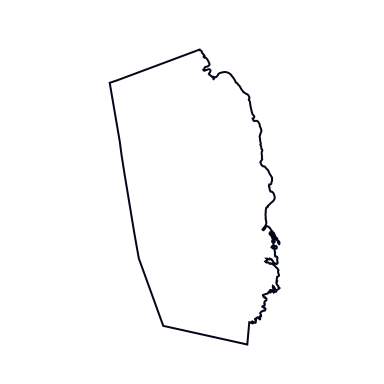 the district of West Kwaio, Malaita, Solomon Islands, rotated 202°
{"feature_id": "97153195B63477576504683", "entity_name": "West Kwaio", "entity_type": "district", "adm_level": 2, "iso_a3": "SLB", "parent_name": "Solomon Islands", "parent_adm1": "Malaita", "projection": "albers", "projection_center": [160.814, -9.033], "detail": "fine", "context": "isolated", "style": "outline", "palette": "ink", "viewbox_px": 384, "rotation_deg": 202, "n_neighbors": 0, "source": "geoboundaries", "source_scale": "gbopen_adm2", "svg_char_len": 5813}
<svg xmlns="http://www.w3.org/2000/svg" viewBox="0 0 384 384"><g transform="rotate(202 192 192)"><path d="M86.9,92.9L87.2,93.8L87.9,94.3L87.7,94.6L86.1,94.4L85.7,94.0L85.5,94.3L84.6,94.3L84.1,94.5L84.1,95.3L84.4,96.0L84.7,96.2L84.6,96.8L84.9,96.9L84.9,97.1L85.6,97.3L85.9,97.8L85.0,98.3L85.2,99.0L84.9,99.2L84.3,100.4L83.9,100.5L83.4,100.0L82.9,100.0L82.7,99.7L81.6,99.3L81.2,99.5L81.3,100.1L81.6,100.5L81.9,101.3L82.4,101.6L82.5,101.9L82.5,102.1L82.0,102.2L81.4,102.6L81.5,102.9L82.0,103.9L83.3,105.0L83.4,105.6L82.8,107.2L82.4,107.4L82.2,107.9L80.8,108.9L80.7,109.4L80.4,109.4L80.5,109.7L80.0,110.1L79.9,110.9L80.3,111.4L81.2,111.8L82.2,111.6L83.8,112.0L83.6,112.9L82.9,113.5L82.3,113.7L82.2,114.0L82.5,115.3L82.8,115.8L83.3,116.0L83.2,116.4L83.6,117.1L83.5,118.1L82.5,119.4L82.9,120.9L84.6,121.7L84.8,121.1L85.2,121.1L86.6,121.9L87.3,122.4L87.6,122.9L87.2,123.1L86.8,123.9L86.1,124.2L85.9,124.7L83.9,126.1L83.6,126.7L83.6,127.6L82.3,128.0L81.8,128.1L81.5,128.3L81.4,128.6L81.5,128.8L83.0,129.3L82.7,130.4L82.0,130.8L81.4,130.4L80.9,129.8L79.9,129.8L80.0,130.7L80.0,131.4L80.5,132.5L80.4,133.3L81.3,134.0L81.5,134.6L81.8,134.8L81.8,135.3L80.4,134.7L79.5,133.9L78.9,133.6L78.8,133.3L79.1,132.3L78.9,131.2L78.3,129.9L78.1,130.3L78.1,130.6L77.7,130.6L76.6,131.1L76.6,131.9L76.9,132.4L76.8,132.9L75.4,134.4L75.3,134.8L74.8,135.6L75.0,135.9L76.2,136.1L76.9,137.2L78.3,137.8L79.2,138.6L79.9,139.6L80.1,140.6L79.9,140.8L79.6,140.7L79.6,141.3L80.2,141.3L80.5,141.9L81.3,145.3L81.0,145.6L80.8,145.7L80.4,146.1L80.1,146.7L80.1,147.2L80.4,147.8L82.1,149.8L82.6,151.0L82.5,151.8L82.9,152.3L84.4,153.3L84.7,153.2L85.6,153.5L86.7,154.2L88.2,154.7L88.4,155.0L89.8,155.1L90.8,155.6L91.1,155.6L91.7,155.0L92.1,154.9L92.2,155.2L92.6,155.3L93.3,154.6L94.1,155.1L95.0,155.2L95.3,155.1L95.6,154.8L96.0,154.8L96.7,154.5L98.1,155.0L97.8,155.5L97.0,156.5L96.8,157.1L97.1,157.7L98.0,158.1L97.3,158.4L96.6,158.1L95.9,158.4L95.3,158.3L95.1,158.4L94.9,159.4L94.2,159.2L93.1,159.4L92.7,159.2L92.5,158.7L91.5,158.6L91.1,158.0L89.7,157.2L89.1,157.2L88.0,156.8L87.0,156.8L86.5,156.9L86.4,157.7L86.1,158.0L86.1,158.5L87.5,160.7L87.9,161.6L87.9,162.7L88.8,163.7L90.0,163.8L90.5,163.4L91.1,163.8L92.0,165.8L92.1,166.4L92.5,167.1L92.6,167.7L92.9,167.9L93.6,168.8L93.8,169.8L93.7,170.4L92.5,171.3L92.4,171.6L92.7,172.5L92.7,172.8L92.9,173.0L93.4,172.9L94.1,173.5L95.2,172.7L95.5,172.2L95.1,171.7L95.2,170.4L95.6,170.0L96.1,170.0L96.3,170.3L97.5,170.5L97.6,171.4L96.9,172.5L96.2,172.6L96.1,172.9L96.5,173.1L96.9,173.8L96.8,174.3L96.9,174.6L98.4,175.6L98.9,175.7L99.2,176.3L98.7,176.4L98.2,175.9L97.3,175.9L96.6,176.7L96.6,177.1L97.0,177.3L98.0,178.4L98.6,177.7L98.8,177.8L99.2,178.6L99.8,178.6L101.0,180.2L102.2,181.1L102.6,181.7L103.7,181.7L104.0,182.3L104.5,182.4L104.6,183.3L104.4,184.2L104.0,184.5L103.4,184.2L102.7,183.3L102.3,183.2L102.0,182.9L99.6,181.5L98.7,180.4L98.5,179.8L97.0,179.8L95.3,179.2L95.1,179.7L95.2,180.4L96.4,181.2L97.2,181.4L98.1,182.0L99.2,183.1L99.4,183.0L99.5,183.4L99.9,183.7L100.1,184.0L100.5,184.1L101.0,184.8L101.7,185.0L104.4,186.4L106.3,187.8L108.0,188.4L109.3,188.5L110.2,187.8L110.7,186.7L110.8,185.9L110.6,185.7L111.3,183.4L111.8,183.3L112.6,183.7L111.4,187.6L111.2,190.3L112.3,192.8L112.8,193.2L113.1,194.1L113.9,195.0L114.3,196.6L115.2,198.1L115.9,200.1L115.9,200.6L116.1,200.8L117.0,203.6L117.2,205.4L117.1,205.8L116.3,206.1L116.2,207.1L116.5,207.7L116.0,208.3L114.6,211.7L113.7,213.1L113.6,213.7L113.1,214.6L112.9,216.5L113.1,217.6L114.2,219.5L116.0,221.4L117.7,222.2L118.5,222.2L119.0,221.8L119.8,222.2L121.2,223.8L121.9,225.4L122.4,225.6L122.5,225.9L122.8,226.1L123.1,226.9L123.2,227.7L122.7,227.7L122.6,228.2L121.9,228.7L121.6,229.1L121.7,230.0L122.0,230.8L122.0,232.7L122.7,233.9L122.9,234.8L123.3,235.4L127.2,238.3L129.1,240.2L130.2,241.1L131.1,241.2L134.1,242.8L134.7,242.8L135.6,242.4L137.6,243.0L139.7,245.1L139.8,245.7L139.2,248.0L139.2,248.9L139.9,249.5L140.4,251.2L141.8,253.7L142.3,255.0L142.3,256.6L142.5,257.2L143.1,257.7L143.6,257.8L144.4,259.0L144.9,260.2L145.6,260.7L146.3,261.4L146.3,261.5L146.1,262.0L146.4,262.8L147.9,264.7L148.2,265.7L150.2,269.0L150.1,269.6L150.3,270.5L150.2,270.9L150.4,271.9L150.3,273.8L150.7,275.0L151.1,275.3L151.2,275.8L152.6,277.4L153.5,278.1L154.6,280.0L156.5,281.6L157.5,282.1L158.4,282.3L160.3,281.5L161.3,281.3L161.3,281.2L161.9,281.4L162.3,281.8L163.0,282.8L163.3,282.9L163.2,283.1L162.7,283.4L162.4,284.0L162.3,284.6L162.4,285.1L163.1,285.8L165.0,286.8L166.3,288.3L170.0,293.6L171.9,297.0L172.9,298.1L174.0,298.9L173.9,300.6L175.0,302.1L176.7,303.2L180.0,303.5L180.9,303.9L182.2,304.1L183.1,304.9L183.9,305.2L185.4,306.3L187.3,307.9L189.9,309.1L190.8,309.7L192.1,310.1L192.5,310.0L193.8,311.4L197.2,313.9L198.7,314.5L198.9,314.8L200.2,315.5L202.6,316.1L204.9,316.0L206.2,315.7L208.6,314.4L210.8,312.6L211.7,311.4L211.8,309.8L212.7,307.6L213.0,307.3L214.4,306.9L214.0,305.6L214.1,305.1L214.3,304.7L214.5,304.8L214.5,305.7L215.1,306.5L215.4,306.4L215.3,306.7L215.4,306.8L216.2,306.5L219.1,307.0L220.6,307.7L220.6,308.2L220.2,309.6L220.2,311.2L220.4,311.7L220.9,312.1L221.9,312.3L222.7,312.1L224.4,310.4L225.6,310.1L225.8,309.9L225.6,309.3L225.8,309.1L226.8,309.1L227.3,309.6L226.8,309.9L226.7,310.2L226.9,311.3L226.8,312.4L226.1,313.2L224.6,314.2L224.3,314.6L223.5,316.1L223.6,317.1L224.0,317.6L226.8,320.2L229.0,321.5L230.2,321.8L230.5,321.7L230.9,321.2L231.7,321.5L231.9,321.9L232.0,322.3L231.6,322.2L231.4,322.9L231.8,323.3L235.0,324.9L235.5,325.8L235.9,326.2L237.1,326.5L237.9,326.4L238.3,326.9L303.0,267.7L309.2,262.4L278.1,212.1L271.0,199.6L262.5,185.4L229.3,131.0L216.5,110.6L168.5,57.1L83.6,71.3L90.1,92.7L86.9,92.9ZM93.8,178.7L93.6,178.2L93.3,178.6L93.1,178.5L93.5,178.0L93.4,177.6L92.6,177.0L92.4,176.6L91.8,176.3L91.6,176.3L91.6,177.2L92.1,177.8L92.3,178.4L93.2,179.0L93.6,179.0L93.8,178.7Z" fill="none" stroke="#020617" stroke-width="2"/></g></svg>